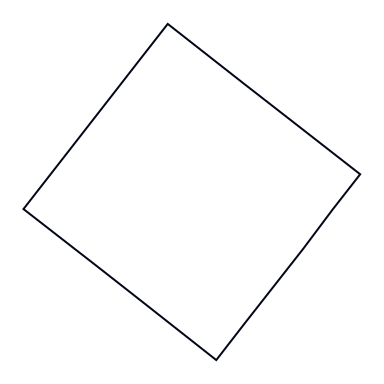 the district of McPherson, Kansas, United States of America, rotated 218°
{"feature_id": "52423323B31241610916517", "entity_name": "McPherson", "entity_type": "district", "adm_level": 2, "iso_a3": "USA", "parent_name": "United States of America", "parent_adm1": "Kansas", "projection": "robinson", "projection_center": [-97.687, 38.392], "detail": "fine", "context": "isolated", "style": "outline", "palette": "ink", "viewbox_px": 384, "rotation_deg": 218, "n_neighbors": 0, "source": "geoboundaries", "source_scale": "gbopen_adm2", "svg_char_len": 323}
<svg xmlns="http://www.w3.org/2000/svg" viewBox="0 0 384 384"><g transform="rotate(218 192 192)"><path d="M69.4,74.5L69.6,121.4L69.4,215.6L70.4,264.8L70.4,309.5L168.1,309.4L216.8,309.3L314.6,309.5L314.6,262.6L314.5,215.6L314.3,74.8L216.4,75.0L167.4,74.9L69.4,74.5Z" fill="none" stroke="#020617" stroke-width="2"/></g></svg>